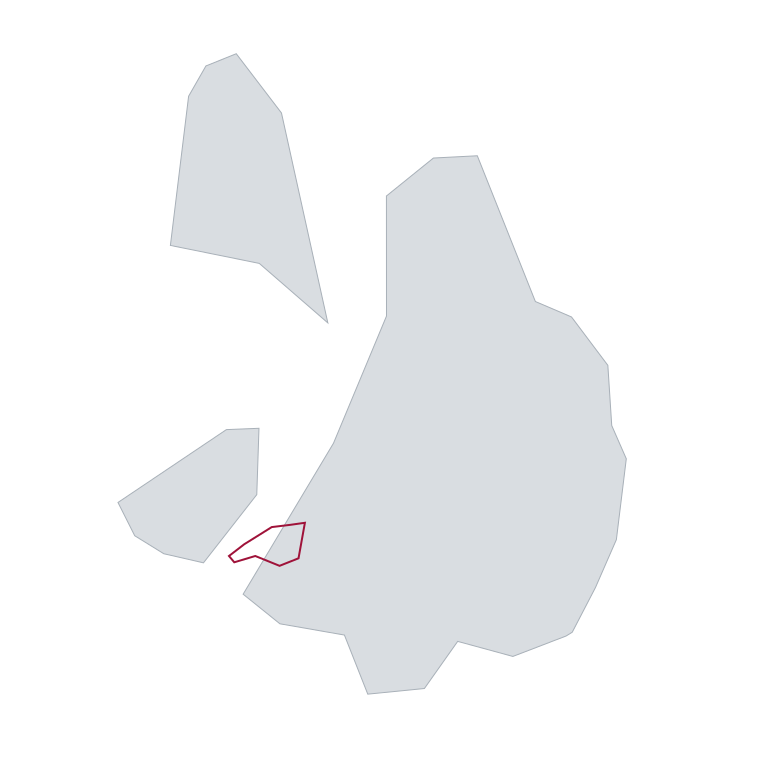 Kwun Tong highlighted on a map of Hong Kong S.A.R., rotated 97°
{"feature_id": "HKG-5161", "entity_name": "Kwun Tong", "entity_type": "state/province", "adm_level": 1, "iso_a3": "HKG", "parent_name": "Hong Kong S.A.R.", "parent_adm1": "", "projection": "mercator", "projection_center": [114.229, 22.308], "detail": "fine", "context": "in_parent", "style": "outline", "palette": "rose", "viewbox_px": 768, "rotation_deg": 97, "n_neighbors": 0, "source": "natural_earth", "source_scale": "10m", "svg_char_len": 815}
<svg xmlns="http://www.w3.org/2000/svg" viewBox="0 0 768 768"><g transform="rotate(97 384 384)"><path d="M294.6,206.1L298.1,202.7L338.2,164.1L397.5,152.9L428.7,134.4L510.2,134.4L560.2,149.3L607.4,166.9L611.9,172.5L638.7,222.9L630.5,279.5L681.3,306.8L693.8,362.3L638.0,392.7L634.7,458.1L609.8,498.2L448.9,426.9L316.3,389.8L197.1,404.5L153.7,362.5L146.1,319.2L283.7,243.8L294.6,206.1ZM272.5,612.9L122.2,613.0L90.0,599.5L74.2,570.9L127.5,518.8L330.2,447.2L279.5,522.5L272.5,612.9ZM565.0,612.9L534.0,633.6L448.5,534.9L443.2,502.7L509.3,496.8L583.5,541.4L579.3,581.9L565.0,612.9Z" fill="#d9dde1" stroke="#a8b0b8" stroke-width="1"/><path d="M579.2,510.9L573.6,516.9L560.1,503.2L539.7,478.0L535.3,460.2L531.4,445.6L567.4,447.6L577.2,465.5L570.4,490.8L579.2,510.9Z" fill="none" stroke="#9f1239" stroke-width="2"/></g></svg>